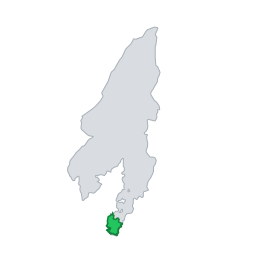 location of Leilek, Batken, Kyrgyzstan, rotated 297°
{"feature_id": "92254566B28866404519709", "entity_name": "Leilek", "entity_type": "district", "adm_level": 2, "iso_a3": "KGZ", "parent_name": "Kyrgyzstan", "parent_adm1": "Batken", "projection": "robinson", "projection_center": [69.614, 39.878], "detail": "fine", "context": "in_parent", "style": "filled", "palette": "green", "viewbox_px": 256, "rotation_deg": 297, "n_neighbors": 0, "source": "geoboundaries", "source_scale": "gbopen_adm2", "svg_char_len": 6384}
<svg xmlns="http://www.w3.org/2000/svg" viewBox="0 0 256 256"><g transform="rotate(297 128 128)"><path d="M57.8,150.5L58.4,150.1L60.3,149.8L64.3,149.4L65.6,149.7L68.4,151.2L70.4,151.0L70.8,151.2L71.6,152.5L74.5,150.6L76.6,150.1L77.6,148.2L79.8,145.9L81.7,145.6L81.8,145.9L82.2,146.3L84.1,146.8L84.7,146.2L85.0,145.4L84.3,144.1L84.3,143.5L84.9,142.7L88.0,144.0L88.7,143.9L90.1,143.2L91.4,142.0L91.9,141.1L98.2,138.0L98.6,137.4L98.5,137.0L95.9,136.3L94.7,136.7L93.5,136.7L92.9,136.2L89.6,136.0L88.9,135.7L86.7,133.5L84.0,132.1L82.8,132.1L81.2,132.7L80.7,132.5L80.6,130.3L80.3,129.1L79.3,128.8L78.2,129.3L74.9,128.6L74.5,125.9L73.2,123.6L71.5,122.7L71.4,121.2L70.8,120.7L70.3,120.8L69.7,121.5L70.0,123.1L69.8,124.6L69.4,125.4L68.6,126.0L67.8,126.0L66.3,125.2L66.1,129.9L65.8,130.2L64.0,129.6L62.6,129.9L60.5,129.6L58.9,128.8L55.8,127.9L54.3,127.0L53.4,123.9L52.6,122.7L51.8,122.5L48.5,123.6L45.1,121.7L43.4,121.3L43.0,120.7L43.0,120.0L48.2,116.4L50.2,114.0L51.4,113.0L54.7,111.9L55.4,109.7L55.6,109.4L58.9,108.4L62.5,106.4L62.6,105.9L62.2,105.4L58.9,103.6L57.3,104.4L56.3,103.4L56.3,102.3L57.4,100.5L58.3,99.6L58.7,97.9L60.0,96.7L61.3,94.8L63.0,93.3L66.0,92.2L67.8,92.6L69.4,92.3L71.8,91.4L73.4,91.3L79.8,92.7L81.9,92.8L86.9,94.6L90.8,95.5L92.7,97.3L99.0,98.1L100.7,98.6L101.4,99.4L103.2,100.5L104.7,100.8L103.3,96.5L103.8,94.0L105.6,87.2L106.6,86.1L111.7,84.2L112.8,82.7L116.5,82.8L117.2,82.5L117.6,81.7L129.0,87.7L133.4,89.4L139.3,91.0L144.3,91.5L145.2,91.1L147.1,88.8L148.1,88.6L160.5,89.1L169.3,87.8L170.6,87.9L174.0,89.2L184.5,89.6L188.7,90.5L195.2,90.2L198.0,90.3L203.0,92.0L204.7,92.4L208.0,92.6L209.2,92.4L210.0,92.7L210.8,94.9L213.9,97.6L215.1,99.1L216.3,99.6L222.2,100.1L224.4,100.7L230.0,105.8L230.8,108.8L230.3,109.4L224.6,109.8L223.3,110.2L222.0,112.5L214.5,115.2L213.3,115.1L203.2,120.2L196.3,124.5L196.1,126.6L192.1,131.3L189.0,131.9L186.3,131.8L182.0,133.2L176.4,132.7L174.5,132.8L170.8,132.2L169.3,132.5L167.8,133.5L165.7,137.2L164.9,138.1L164.5,139.0L164.2,140.8L163.5,142.7L161.7,145.7L160.2,147.0L158.7,147.9L157.5,146.1L155.7,147.4L153.9,147.1L152.8,147.5L150.4,149.0L146.7,149.0L146.3,148.4L145.4,144.1L144.7,142.1L144.2,141.7L143.5,141.6L138.4,145.0L135.9,145.6L133.9,145.7L131.3,144.7L130.7,144.9L130.3,145.5L130.1,146.2L130.9,148.1L130.7,148.5L129.5,148.4L127.9,148.9L122.9,152.8L119.8,153.9L116.8,154.3L115.0,155.0L114.1,156.5L112.2,160.6L112.3,161.5L113.1,162.6L113.8,165.1L113.6,165.7L112.1,167.8L110.0,168.4L108.5,168.7L105.4,168.4L103.8,168.9L101.0,170.4L98.6,170.7L94.1,170.8L89.7,170.2L88.3,170.4L84.4,171.3L83.1,172.8L82.4,174.1L82.0,174.3L80.4,173.1L78.4,171.0L77.4,171.0L73.9,172.7L73.4,172.7L72.4,172.0L72.5,169.3L71.4,168.8L69.0,168.6L68.2,168.0L68.4,166.3L68.2,165.6L67.5,165.1L66.3,165.3L63.8,166.7L60.9,167.2L59.9,167.7L58.8,169.6L54.9,170.0L53.6,169.5L51.2,166.0L49.2,165.5L47.2,165.6L44.4,166.6L43.7,165.8L43.0,165.6L42.3,166.2L38.9,166.3L35.4,166.2L33.4,165.8L32.2,165.8L29.6,166.8L26.5,167.0L26.1,163.7L25.2,161.5L26.1,157.9L26.7,156.7L29.0,158.1L29.8,157.8L30.1,157.1L29.7,155.5L30.9,153.8L39.1,151.3L48.2,154.9L49.5,157.1L50.2,157.0L51.5,156.0L51.9,154.1L53.7,153.0L57.6,151.7L57.8,150.5ZM62.5,158.5L62.7,158.1L62.0,156.4L62.9,154.9L61.0,154.6L60.1,154.1L59.0,152.6L58.7,152.5L58.1,152.9L57.8,154.0L58.1,155.1L59.4,156.2L58.8,158.4L61.6,158.7L62.5,158.5ZM53.0,160.0L52.9,159.5L52.3,159.3L48.8,158.7L49.0,159.1L50.3,160.8L51.3,160.9L53.0,160.0ZM73.3,157.1L73.5,156.1L71.5,156.7L71.2,157.2L71.9,157.9L72.8,158.1L73.3,157.1Z" fill="#d9dde1" stroke="#a8b0b8" stroke-width="1"/><path d="M42.6,159.2L40.9,158.6L40.4,156.2L43.7,155.1L43.6,153.7L44.7,153.7L45.2,153.0L44.7,153.1L44.3,153.1L44.2,153.1L43.6,153.0L43.6,152.9L43.5,152.7L43.4,152.4L43.5,152.3L43.4,152.1L43.3,152.3L43.2,152.4L43.2,152.5L42.7,152.5L42.3,152.2L41.8,151.8L41.6,151.7L40.3,150.8L40.2,150.8L40.1,150.7L39.9,150.7L39.7,150.7L37.7,151.3L37.0,151.5L36.5,151.6L36.3,151.7L35.9,151.8L35.6,151.9L35.4,152.1L34.9,152.5L34.2,152.9L33.9,153.3L33.7,153.4L33.6,153.2L33.4,153.2L33.1,153.2L32.6,153.3L32.4,153.4L32.3,153.5L31.8,153.6L31.7,153.6L31.3,153.2L31.0,153.3L31.0,153.6L31.0,153.9L30.6,154.1L30.5,154.7L30.6,154.8L30.4,155.2L30.4,155.3L30.8,156.0L30.8,156.7L30.8,156.8L31.0,157.1L31.0,157.4L31.0,157.6L30.9,157.6L30.9,157.4L30.7,157.3L30.3,157.3L30.3,157.5L30.4,157.8L30.2,157.8L30.1,157.7L29.9,157.6L29.8,157.8L29.7,157.9L29.5,157.5L29.4,157.4L29.2,157.6L29.1,157.8L28.9,157.6L29.0,157.5L29.1,157.2L29.0,156.9L29.0,156.7L28.9,156.4L29.0,156.3L28.8,156.2L28.7,156.2L28.3,155.9L28.2,156.1L27.9,156.1L27.8,155.9L27.8,155.7L27.7,155.5L27.4,155.5L27.5,155.8L27.6,156.1L27.6,156.3L27.6,156.6L27.4,156.7L27.3,157.0L27.2,156.9L27.2,157.0L26.9,157.1L26.8,157.4L26.7,157.4L26.6,157.6L26.5,157.8L26.5,158.0L26.8,158.5L27.0,158.8L26.9,158.9L26.8,159.0L26.7,158.9L26.5,159.0L26.5,159.3L26.6,159.5L26.3,159.7L26.2,159.7L26.2,159.8L26.2,160.0L25.9,159.9L25.9,160.0L25.8,160.5L26.0,160.5L26.1,160.8L26.2,161.0L26.4,161.1L26.2,161.2L26.3,161.4L26.3,161.5L26.4,161.8L26.7,162.2L26.8,162.2L26.9,162.3L27.0,162.4L27.0,162.5L27.1,162.8L27.2,163.0L26.9,163.2L26.9,163.3L26.9,163.6L26.9,163.8L27.0,163.9L27.1,164.0L27.1,164.3L27.1,164.5L27.3,164.6L27.3,164.8L27.2,165.2L27.3,165.2L27.5,165.3L27.6,165.5L27.5,165.8L27.5,166.0L27.4,166.1L27.4,166.3L27.2,166.4L27.2,166.5L27.3,166.6L27.5,166.7L27.5,166.9L27.7,167.0L27.9,167.1L28.0,167.0L28.0,166.9L28.1,166.7L28.3,166.2L28.5,166.1L28.5,166.3L28.6,166.5L28.8,166.6L29.1,166.7L29.2,166.8L29.3,166.9L29.5,166.8L29.7,166.6L29.8,166.6L29.9,166.9L30.0,166.9L30.1,166.7L30.4,166.6L30.5,166.7L30.8,166.5L31.0,166.7L31.3,166.3L31.3,166.2L31.6,166.3L31.8,166.2L31.8,165.9L32.1,165.7L32.2,165.4L32.4,165.4L32.5,165.5L32.7,165.4L32.9,165.5L33.0,165.6L33.3,165.7L33.5,165.7L33.7,165.4L33.8,165.4L34.0,165.3L34.0,165.2L34.2,165.3L34.3,165.4L34.5,165.3L34.8,165.3L34.9,165.5L35.0,165.5L35.3,165.6L35.5,165.7L35.8,165.8L36.0,166.0L36.0,165.9L36.1,166.0L36.3,166.2L36.5,166.1L36.6,166.3L36.9,166.5L37.0,166.5L37.2,166.8L37.4,166.8L37.5,166.7L37.6,166.4L37.7,166.2L37.8,166.2L37.7,166.0L37.7,165.9L37.8,165.8L38.0,165.8L38.2,165.7L38.3,165.7L38.3,165.8L38.5,166.0L39.0,165.9L39.2,166.0L39.3,166.0L39.5,166.2L39.6,166.3L39.5,166.5L39.8,166.6L40.0,166.6L40.2,166.4L40.3,166.3L40.4,166.2L40.5,166.1L40.2,165.7L40.1,165.0L40.1,162.4L40.9,161.7L42.3,161.7L42.4,161.2L43.1,160.6L43.1,160.2L42.9,159.4L42.6,159.2Z" fill="#22c55e" stroke="#15803d" stroke-width="1.5"/></g></svg>